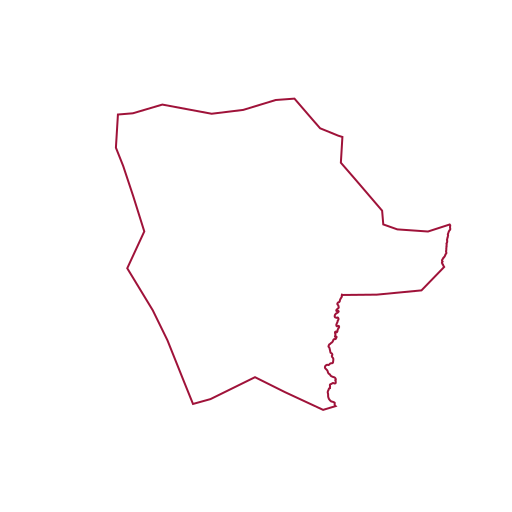 Bayan-Adraga, Hentiy, Mongolia, rotated 111°
{"feature_id": "93677404B94037066175058", "entity_name": "Bayan-Adraga", "entity_type": "district", "adm_level": 2, "iso_a3": "MNG", "parent_name": "Mongolia", "parent_adm1": "Hentiy", "projection": "equal_earth", "projection_center": [111.25, 48.494], "detail": "fine", "context": "isolated", "style": "outline", "palette": "rose", "viewbox_px": 512, "rotation_deg": 111, "n_neighbors": 0, "source": "geoboundaries", "source_scale": "gbopen_adm2", "svg_char_len": 5546}
<svg xmlns="http://www.w3.org/2000/svg" viewBox="0 0 512 512"><g transform="rotate(111 256 256)"><path d="M416.7,261.8L405.9,247.2L369.5,213.5L372.7,180.3L375.6,138.2L367.6,127.9L367.2,128.8L366.8,129.1L366.2,129.5L365.5,129.7L365.0,129.8L364.8,130.0L364.7,130.3L364.6,130.9L364.6,132.1L364.8,133.4L364.8,133.8L364.6,134.2L364.2,135.3L363.7,136.0L363.3,136.7L362.4,137.5L361.5,138.2L360.8,138.5L360.3,138.7L359.9,138.9L359.3,139.1L358.8,139.4L358.3,139.7L358.0,140.0L357.5,140.2L356.7,140.4L356.3,140.4L355.8,140.4L355.2,140.3L354.7,140.3L354.3,140.4L353.9,140.3L353.7,140.3L353.5,140.2L353.3,140.0L353.0,139.7L352.9,139.6L352.7,139.7L352.2,140.0L351.9,139.9L351.6,140.0L351.3,140.1L350.8,140.3L350.2,140.7L349.9,140.8L349.5,140.8L349.1,140.6L348.5,139.9L348.2,139.6L347.7,139.3L347.2,138.9L347.0,138.6L346.9,138.2L346.9,137.4L346.8,136.8L346.7,136.6L346.5,136.4L346.3,136.2L346.0,136.2L345.7,136.2L345.3,136.3L344.8,136.5L344.4,136.8L344.0,137.0L343.7,137.4L343.5,137.5L343.3,137.5L343.2,137.5L343.1,137.4L342.9,137.2L342.6,137.3L342.3,137.5L341.9,137.8L341.5,138.4L341.3,138.9L341.2,139.7L341.3,140.7L341.3,141.6L341.2,142.4L341.2,142.8L340.9,143.5L340.1,144.6L340.0,144.9L339.8,145.9L339.5,146.4L338.9,147.1L338.3,147.5L337.9,147.8L337.2,148.6L336.6,149.8L336.2,150.8L335.7,151.5L335.1,151.8L334.5,151.9L334.0,151.9L333.3,151.6L332.7,151.3L332.2,150.8L332.0,150.4L331.9,149.9L331.9,149.5L331.7,149.1L331.4,148.9L330.5,148.5L330.0,148.3L329.5,147.9L329.3,147.5L329.0,147.0L328.8,146.5L328.5,146.2L328.3,146.1L328.0,146.0L327.7,146.0L327.3,146.1L326.8,146.2L325.6,146.5L325.0,146.7L324.4,146.9L323.8,147.4L323.5,147.8L323.2,148.4L323.0,148.7L322.8,148.9L322.4,149.2L322.1,149.4L321.1,149.3L320.8,149.4L320.5,149.5L320.2,149.8L319.9,150.2L319.8,150.5L319.7,151.2L319.6,151.5L319.5,151.8L318.8,152.3L318.0,152.8L317.2,153.3L316.7,153.7L316.2,154.0L315.6,154.4L315.3,154.7L315.1,155.0L314.8,155.6L314.5,155.9L314.0,156.0L313.3,156.0L312.9,156.0L312.4,155.9L312.1,155.8L311.9,155.6L311.6,155.3L310.6,154.9L309.6,154.2L309.0,153.9L308.3,153.8L307.9,153.7L306.6,153.7L306.3,153.6L305.9,153.5L305.3,152.8L305.3,152.4L305.2,152.2L304.9,151.9L304.5,151.8L304.0,151.8L303.5,151.7L303.1,151.7L302.9,151.8L302.7,151.8L302.6,152.0L302.8,152.4L302.9,152.6L303.1,152.9L303.1,153.1L303.0,153.3L302.9,153.4L302.6,153.5L302.4,153.5L302.0,153.5L301.6,153.5L301.2,153.5L300.8,153.8L300.5,154.0L300.1,154.3L299.8,154.4L299.4,154.7L298.9,154.9L298.6,154.9L298.3,154.7L298.0,154.5L297.9,154.3L298.0,154.0L298.1,153.6L298.3,153.3L298.2,153.2L297.1,153.0L296.6,153.1L296.1,153.3L294.8,153.3L293.9,153.1L292.9,152.9L292.4,153.0L292.1,153.2L291.8,153.4L291.7,153.8L291.8,154.2L292.1,154.5L292.4,154.8L292.5,155.1L292.6,155.3L292.5,155.6L292.3,155.9L291.8,156.2L291.3,156.4L290.7,156.4L289.8,156.4L288.5,156.3L287.9,156.3L287.3,156.5L286.9,156.5L286.3,156.3L285.9,156.3L285.5,156.3L285.2,156.4L284.9,156.6L284.5,157.0L284.2,157.4L284.2,157.7L284.3,158.0L284.6,158.2L284.8,158.4L284.8,158.7L284.9,159.5L284.9,160.0L284.7,160.5L284.2,160.9L283.5,161.1L282.7,161.2L282.0,161.0L281.1,160.7L280.5,160.2L279.9,159.7L279.5,159.4L278.7,159.0L278.4,159.0L278.1,159.0L277.9,159.2L277.8,159.5L278.1,160.0L278.4,160.5L278.5,160.8L278.5,161.1L278.3,161.4L278.1,161.5L277.8,161.6L277.4,161.5L276.8,161.3L276.0,160.9L275.1,160.4L274.6,160.3L274.3,160.4L273.9,160.6L273.3,161.0L272.7,161.4L272.1,162.4L271.8,162.8L271.2,163.0L270.6,162.9L270.1,162.7L269.7,162.5L269.4,162.0L269.1,161.8L268.8,161.7L268.5,161.6L268.2,161.6L267.8,161.7L267.4,161.8L266.5,161.8L265.3,161.7L264.4,161.5L263.9,161.4L263.5,161.3L263.2,161.3L262.9,161.4L262.7,161.6L262.1,161.8L261.3,161.9L261.2,160.8L248.8,129.4L228.8,89.2L198.8,76.4L198.4,76.9L198.3,77.1L198.0,77.5L197.7,77.8L197.2,78.2L197.0,78.4L197.0,78.7L196.9,78.8L196.6,79.1L196.4,79.2L196.2,79.4L196.0,79.6L195.9,79.8L195.5,79.8L195.3,79.9L195.2,80.1L194.9,80.1L194.6,80.0L194.5,79.9L194.4,79.9L194.4,80.0L194.2,80.3L193.9,80.5L193.4,80.8L193.1,80.8L192.8,80.8L192.7,80.7L192.4,80.7L192.1,80.7L191.6,80.5L191.4,80.5L191.2,80.5L190.9,80.5L190.7,80.5L190.5,80.4L190.3,80.3L190.2,80.1L189.9,80.0L189.7,80.0L189.4,80.0L189.1,79.8L188.9,79.7L188.7,79.7L188.3,79.7L188.1,79.7L187.8,79.6L187.6,79.6L187.4,79.6L187.2,79.7L186.8,79.7L186.5,79.7L185.5,79.3L185.3,79.3L185.2,79.3L184.8,79.5L184.7,79.6L184.4,79.6L184.2,79.7L184.1,79.8L183.8,80.1L183.5,80.3L183.1,80.4L182.5,80.4L182.3,80.5L181.9,80.6L181.6,80.7L180.7,81.1L180.3,81.1L180.0,81.2L179.5,81.4L179.4,81.5L179.1,81.6L178.6,81.5L178.3,81.6L178.1,81.8L177.9,81.9L177.5,82.0L177.1,82.1L176.9,82.1L176.7,82.2L176.5,82.4L176.3,82.5L176.2,82.6L175.9,82.6L175.7,82.5L175.4,82.5L175.2,82.6L174.8,82.5L174.7,82.5L174.3,82.7L174.1,82.7L173.8,82.7L173.6,82.8L173.4,82.9L173.2,83.1L172.8,83.2L172.7,83.3L172.5,83.5L172.4,83.5L172.2,83.5L171.9,83.5L171.6,83.6L171.3,83.6L171.2,83.6L170.9,83.7L170.7,83.8L170.4,83.8L170.0,83.7L169.4,83.8L169.1,83.9L168.9,84.0L168.6,84.0L168.3,84.0L168.1,84.0L167.8,84.1L167.3,84.4L167.0,84.7L166.5,84.7L165.9,84.7L165.0,84.7L164.3,84.8L162.9,84.6L162.5,84.5L162.2,84.3L161.9,84.2L161.7,84.2L161.2,84.3L160.8,84.5L160.6,84.6L159.8,85.1L159.2,85.3L158.7,85.4L158.3,85.5L157.9,85.6L157.6,85.8L157.5,86.0L157.2,86.5L171.5,104.2L180.5,133.6L180.9,148.5L168.5,154.5L149.5,189.6L138.5,210.2L113.9,218.0L114.2,222.3L113.8,241.9L108.3,252.3L95.3,276.5L103.3,293.5L124.2,320.3L139.1,348.4L148.2,397.7L166.9,422.1L173.4,435.6L205.1,425.6L219.5,412.3L244.1,392.1L273.1,369.1L313.6,371.8L343.7,332.9L366.5,308.4L399.0,278.3L416.7,261.8Z" fill="none" stroke="#9f1239" stroke-width="2"/></g></svg>